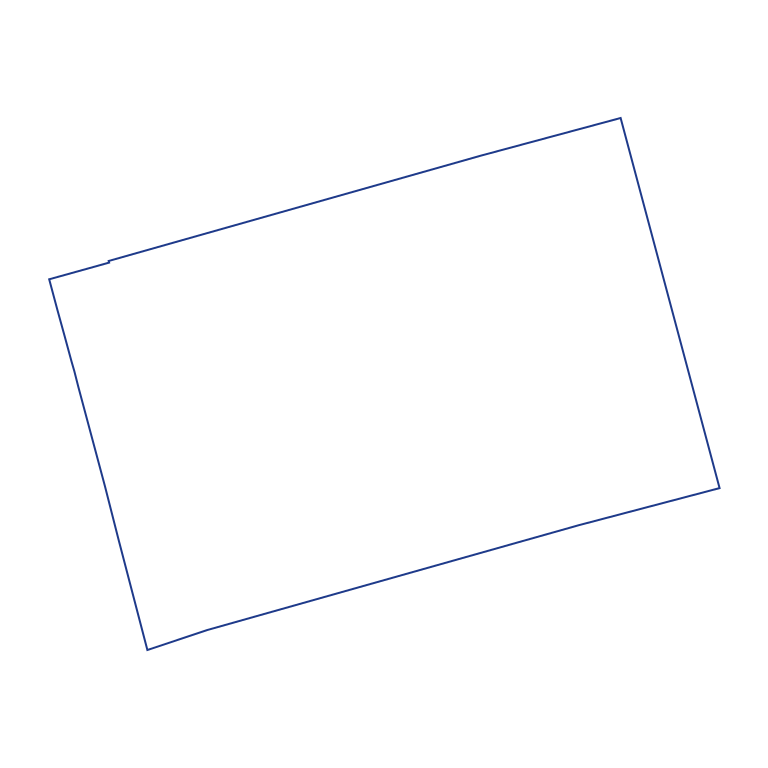 Alfalfa, Oklahoma, United States of America, rotated 255°
{"feature_id": "52423323B68543825446879", "entity_name": "Alfalfa", "entity_type": "district", "adm_level": 2, "iso_a3": "USA", "parent_name": "United States of America", "parent_adm1": "Oklahoma", "projection": "albers", "projection_center": [-98.29, 36.731], "detail": "fine", "context": "isolated", "style": "outline", "palette": "blue", "viewbox_px": 768, "rotation_deg": 255, "n_neighbors": 0, "source": "geoboundaries", "source_scale": "gbopen_adm2", "svg_char_len": 404}
<svg xmlns="http://www.w3.org/2000/svg" viewBox="0 0 768 768"><g transform="rotate(255 384 384)"><path d="M571.8,87.7L540.4,87.7L513.7,87.9L486.5,88.0L476.5,88.2L460.4,88.0L364.2,88.0L363.4,88.0L357.3,88.0L308.6,87.4L300.4,87.3L298.6,87.3L188.3,86.6L192.1,149.6L197.2,535.8L196.6,681.2L579.7,681.4L579.5,536.6L574.1,149.9L572.4,149.9L571.8,87.7Z" fill="none" stroke="#1e3a8a" stroke-width="2"/></g></svg>